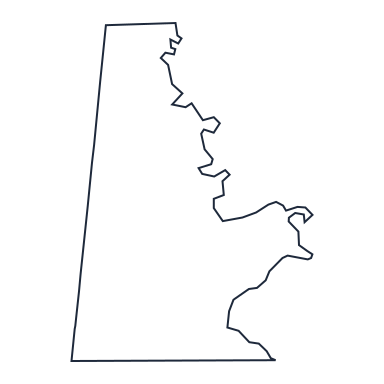 Sumter, Alabama, United States of America
{"feature_id": "52423323B29714418212359", "entity_name": "Sumter", "entity_type": "district", "adm_level": 2, "iso_a3": "USA", "parent_name": "United States of America", "parent_adm1": "Alabama", "projection": "orthographic", "projection_center": [-88.095, 32.652], "detail": "fine", "context": "isolated", "style": "outline", "palette": "slate", "viewbox_px": 384, "rotation_deg": 0, "n_neighbors": 0, "source": "geoboundaries", "source_scale": "gbopen_adm2", "svg_char_len": 1119}
<svg xmlns="http://www.w3.org/2000/svg" viewBox="0 0 384 384"><path d="M102.8,55.8L100.1,82.3L94.1,145.0L92.0,162.7L87.9,204.4L87.9,204.5L85.4,228.4L80.6,274.0L79.0,291.5L76.3,316.4L75.3,325.9L74.7,328.9L71.5,361.0L275.6,360.2L270.8,358.2L266.7,351.2L258.8,343.6L249.3,342.2L238.6,330.8L227.4,327.5L229.1,311.2L233.5,299.7L248.9,289.0L257.0,287.9L265.7,280.3L269.4,271.3L282.5,258.0L287.6,255.6L307.8,259.4L311.1,258.0L312.4,254.3L307.4,251.1L299.0,245.1L298.4,231.6L288.7,221.5L288.9,217.7L295.2,213.0L303.8,214.5L304.6,222.2L312.5,214.9L305.4,207.5L297.5,206.9L286.0,210.6L283.1,205.6L276.1,201.9L268.4,204.6L256.1,212.5L242.5,217.5L222.8,221.1L213.8,208.1L213.8,198.8L223.8,195.0L222.5,181.2L229.6,174.7L225.2,170.1L214.2,176.5L202.2,173.9L198.6,168.1L211.2,164.2L212.7,159.1L204.6,149.3L201.2,133.7L203.9,129.5L213.7,132.7L219.8,123.3L213.8,117.2L202.9,120.2L191.6,103.3L185.6,107.2L172.2,104.5L182.4,93.4L172.1,84.1L168.1,64.9L160.8,58.0L165.4,52.7L174.0,54.4L175.3,49.1L171.1,47.7L170.4,39.5L178.2,43.5L181.5,38.4L177.4,35.5L175.5,23.0L105.9,25.2L102.8,55.8Z" fill="none" stroke="#1e293b" stroke-width="2"/></svg>